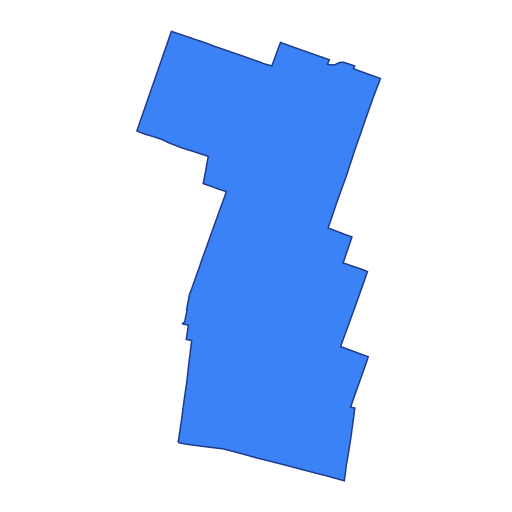 outline of Dobrotesti, Dolj, Romania, rotated 181°
{"feature_id": "2599482B78456281149056", "entity_name": "Dobrotesti", "entity_type": "district", "adm_level": 2, "iso_a3": "ROU", "parent_name": "Romania", "parent_adm1": "Dolj", "projection": "mercator", "projection_center": [24.124, 43.959], "detail": "fine", "context": "isolated", "style": "filled", "palette": "blue", "viewbox_px": 512, "rotation_deg": 181, "n_neighbors": 0, "source": "geoboundaries", "source_scale": "gbopen_adm2", "svg_char_len": 2498}
<svg xmlns="http://www.w3.org/2000/svg" viewBox="0 0 512 512"><g transform="rotate(181 256 256)"><path d="M321.7,217.1L322.9,210.3L324.4,201.5L324.5,201.2L323.9,201.1L324.6,197.3L325.7,191.7L326.0,189.3L328.3,187.0L327.6,186.7L326.0,186.4L324.8,186.2L324.4,186.1L323.6,185.9L322.4,185.7L322.7,183.6L323.3,178.6L324.3,171.4L321.0,170.7L320.9,170.9L319.9,170.7L318.8,170.5L319.5,164.5L320.1,158.3L320.6,153.6L321.0,149.9L321.8,141.5L322.2,137.1L322.5,134.0L323.1,127.7L324.9,114.5L327.5,91.6L328.6,83.5L328.9,80.8L329.3,77.9L329.8,74.1L329.9,72.9L330.0,72.3L330.0,72.1L330.3,70.7L330.5,69.3L330.4,68.7L330.1,68.4L330.0,68.2L329.8,68.1L329.6,67.9L321.7,66.5L310.9,65.3L301.0,64.2L295.5,63.6L290.4,63.1L285.6,62.6L275.0,60.1L263.5,57.2L252.6,54.3L246.3,52.9L225.5,48.0L206.4,43.3L192.8,40.0L184.1,38.0L164.1,32.9L163.8,32.8L163.5,35.5L163.0,39.0L162.1,47.9L159.8,63.0L158.0,75.8L155.6,96.1L154.5,105.7L158.8,106.4L158.3,107.9L154.1,120.9L149.6,134.1L143.6,152.1L142.0,157.2L146.7,158.8L165.5,165.4L169.8,166.9L167.0,175.3L162.8,187.4L158.1,201.1L156.4,206.0L152.5,217.5L151.6,220.2L147.1,233.6L144.3,242.3L148.2,244.0L155.1,246.2L168.8,250.6L167.7,253.9L160.8,275.4L160.4,276.7L167.4,279.1L182.2,284.5L184.4,285.3L182.0,292.5L179.8,299.5L177.9,305.3L176.5,310.0L175.6,312.6L174.1,317.0L172.9,320.6L166.1,340.4L165.3,343.3L161.8,354.7L159.7,361.7L156.3,372.1L154.5,377.3L148.1,397.0L147.3,399.4L142.1,415.0L137.1,428.9L135.3,433.7L135.1,434.4L134.7,435.7L137.8,436.7L143.6,438.7L147.8,440.1L153.4,442.0L158.5,443.8L161.8,445.0L160.7,447.8L168.1,450.1L171.1,451.0L171.6,451.2L173.7,451.2L175.9,450.9L176.9,450.5L178.2,449.8L179.3,449.1L181.4,448.4L183.7,448.4L187.3,448.7L188.0,449.0L187.7,449.5L186.1,453.5L190.3,454.9L207.0,460.4L220.2,464.8L234.8,469.8L235.2,470.0L236.3,466.9L243.5,446.3L246.7,447.2L251.9,448.5L256.0,450.2L259.9,451.4L263.5,452.6L270.3,454.9L279.7,458.0L283.6,459.2L293.3,462.4L302.0,465.2L309.5,468.0L321.1,471.6L341.0,478.0L344.5,479.2L377.3,379.0L376.4,378.6L373.4,377.4L367.6,375.4L362.2,374.0L354.4,371.6L349.9,370.0L345.4,367.7L331.8,362.7L322.0,359.9L310.7,356.4L305.5,354.8L308.3,337.4L309.5,330.4L310.1,327.5L302.3,324.9L292.6,321.6L286.8,319.9L287.3,318.5L288.3,315.2L290.7,308.2L294.4,297.5L295.7,293.5L297.3,289.0L298.9,284.1L299.9,281.1L301.1,277.8L302.5,273.5L303.9,269.5L305.7,263.9L306.5,261.8L307.0,260.1L308.5,255.9L310.7,249.4L312.8,242.7L313.7,240.2L320.9,218.6L321.2,218.3L321.6,217.4L321.7,217.1Z" fill="#3b82f6" stroke="#1e3a8a" stroke-width="1.5"/></g></svg>